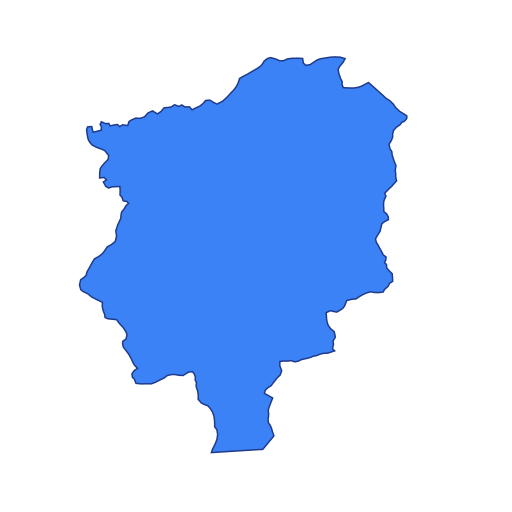 Itápolis, São Paulo, Brazil, rotated 77°
{"feature_id": "56859067B39994933994670", "entity_name": "Itápolis", "entity_type": "district", "adm_level": 2, "iso_a3": "BRA", "parent_name": "Brazil", "parent_adm1": "São Paulo", "projection": "robinson", "projection_center": [-48.813, -21.543], "detail": "fine", "context": "isolated", "style": "filled", "palette": "blue", "viewbox_px": 512, "rotation_deg": 77, "n_neighbors": 0, "source": "geoboundaries", "source_scale": "gbopen_adm2", "svg_char_len": 4248}
<svg xmlns="http://www.w3.org/2000/svg" viewBox="0 0 512 512"><g transform="rotate(77 256 256)"><path d="M144.8,390.8L145.3,386.4L148.2,384.5L149.5,388.1L154.4,386.7L156.7,384.2L156.2,381.0L156.9,376.9L157.7,373.0L161.4,373.6L166.0,374.8L168.9,373.3L172.4,373.0L173.6,369.9L176.0,368.3L177.8,371.5L180.4,373.8L182.9,377.0L185.4,378.2L188.9,379.3L191.4,381.2L194.2,383.5L196.6,384.9L199.8,386.9L205.2,387.4L210.1,389.8L212.4,394.5L213.6,398.8L215.7,401.1L218.5,404.2L220.0,406.8L221.3,410.0L222.4,414.0L225.0,416.6L230.4,421.4L233.5,424.3L236.5,425.8L238.2,428.4L239.7,432.2L244.5,434.5L249.4,434.3L251.8,432.4L255.0,428.4L258.7,425.5L260.9,423.1L263.6,419.8L266.6,416.1L270.9,417.2L274.7,417.2L279.1,416.6L282.0,416.9L283.8,414.5L286.7,406.1L291.0,404.3L295.5,401.7L298.2,400.6L300.7,399.8L303.8,399.4L307.7,401.4L309.2,405.1L312.1,405.8L315.2,405.7L319.7,403.5L324.2,401.7L328.9,400.5L332.5,399.8L335.8,398.6L338.8,396.6L340.2,400.4L342.9,403.4L346.4,403.7L348.7,402.2L353.1,401.6L354.8,396.6L355.7,392.2L357.0,386.7L356.4,382.3L355.2,377.5L354.2,373.0L352.5,369.3L352.5,365.2L353.2,361.7L354.9,357.9L356.0,353.9L354.8,350.5L353.9,347.6L354.5,343.9L357.0,342.7L360.2,342.3L363.3,343.2L365.9,342.5L369.6,343.7L374.4,343.2L378.8,343.6L382.6,344.6L386.8,342.4L389.1,339.7L391.1,336.6L394.2,334.9L398.1,333.5L402.7,333.0L406.9,333.4L410.6,334.1L413.1,334.7L416.6,333.2L421.2,333.5L425.7,335.2L429.0,337.4L432.1,339.8L434.3,341.7L437.5,343.7L445.3,296.4L446.0,293.0L435.3,279.0L430.8,279.5L427.8,279.6L424.7,280.1L421.3,281.4L417.5,280.9L415.1,279.9L412.2,279.1L409.1,278.8L405.8,277.0L401.6,274.1L398.1,271.7L395.2,274.9L391.8,278.7L389.0,277.3L387.1,274.3L385.8,270.5L383.8,268.1L379.5,262.8L377.4,259.2L373.6,256.8L368.4,257.5L364.2,256.5L364.5,252.8L365.4,249.4L365.9,245.2L367.8,242.1L368.0,238.7L367.1,234.7L367.2,230.8L367.1,225.8L366.5,222.7L366.7,219.7L366.1,215.8L366.0,212.4L366.8,207.9L366.1,200.7L363.5,202.4L359.5,200.3L356.2,200.1L353.0,197.0L350.0,196.8L347.3,196.9L343.5,199.7L340.0,201.2L336.1,201.6L333.5,201.4L327.0,200.4L326.0,195.8L327.4,193.2L328.8,189.9L327.8,186.6L326.7,183.5L324.8,181.1L322.6,179.5L319.8,177.6L319.7,172.5L320.3,168.3L318.9,164.7L317.5,160.1L316.8,156.0L316.7,152.1L318.3,148.6L319.3,144.4L319.7,140.2L317.4,138.2L315.5,134.4L312.6,131.9L311.5,128.6L308.3,127.9L303.9,127.3L300.1,129.7L297.2,131.3L293.6,130.8L291.4,132.3L289.2,130.5L286.2,129.5L283.5,131.8L279.9,132.6L276.7,133.6L273.3,134.5L269.4,135.7L266.2,135.7L263.0,132.8L259.8,129.5L256.2,127.8L252.9,126.1L251.4,122.9L250.4,118.8L247.6,118.3L244.3,119.3L241.3,121.5L238.6,120.8L235.1,120.3L231.4,119.2L229.1,117.6L226.9,115.9L223.8,116.5L222.3,114.1L220.5,111.4L218.8,108.3L216.3,104.9L214.4,102.1L210.7,102.1L207.2,101.4L203.7,101.0L199.4,99.3L195.3,100.0L192.0,100.3L188.3,100.6L184.7,100.2L181.5,101.4L177.0,101.2L173.9,98.1L170.9,96.1L167.8,95.4L164.6,93.7L162.2,90.4L160.5,86.1L158.7,84.0L158.0,80.9L155.9,78.2L153.4,77.5L150.7,80.1L147.4,83.5L142.5,86.7L139.1,87.9L134.9,90.6L131.4,94.0L128.2,96.1L114.4,105.8L112.3,107.4L114.3,115.2L114.6,118.3L114.4,122.6L113.1,128.0L111.6,133.1L108.1,133.6L105.6,132.8L102.1,133.7L97.2,134.2L92.7,134.0L90.3,132.1L87.0,127.7L83.7,124.8L81.1,129.5L79.7,134.7L79.0,138.9L78.3,148.9L78.7,152.1L81.7,160.4L81.4,164.6L78.6,166.5L74.0,166.1L72.6,171.2L71.5,176.4L71.0,180.8L71.9,185.3L71.2,188.8L68.5,192.5L66.0,197.0L66.1,200.3L67.8,204.1L69.8,206.0L71.9,208.5L73.5,212.6L74.6,216.0L75.9,220.3L77.2,224.3L77.9,227.5L79.3,232.1L81.7,233.4L84.0,234.9L86.7,237.3L89.4,240.5L91.5,243.9L93.2,246.2L95.2,249.3L97.7,253.8L99.2,259.9L96.8,262.8L93.7,266.0L93.1,270.2L95.4,273.0L97.3,277.0L98.4,282.5L99.2,285.4L95.7,287.3L94.7,291.8L92.1,294.3L93.0,297.4L90.3,301.3L91.7,305.0L91.5,308.4L90.9,312.2L93.8,316.0L95.4,320.1L91.3,324.2L92.3,329.0L95.4,333.4L95.8,338.1L94.6,342.1L95.4,346.5L96.4,349.5L100.0,351.6L98.2,356.5L99.3,359.7L96.7,361.4L96.4,365.1L96.4,368.9L93.7,369.6L93.1,373.0L90.4,376.5L92.8,378.3L95.4,377.5L98.6,378.6L98.8,386.7L96.1,387.0L92.9,386.9L92.3,391.1L94.9,392.7L101.7,393.3L105.1,393.2L107.7,392.4L110.9,390.8L114.2,387.0L116.9,382.8L119.2,379.7L125.1,376.9L128.8,378.6L131.3,382.6L133.7,385.9L135.8,388.1L139.9,389.6L144.8,390.8Z" fill="#3b82f6" stroke="#1e3a8a" stroke-width="1.5"/></g></svg>